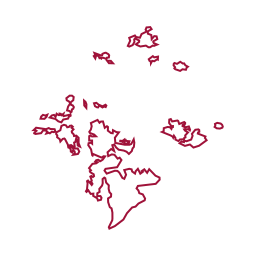 Tongyeong-si, South Gyeongsang, South Korea, rotated 166°
{"feature_id": "91817680B95262291256995", "entity_name": "Tongyeong-si", "entity_type": "district", "adm_level": 2, "iso_a3": "KOR", "parent_name": "South Korea", "parent_adm1": "South Gyeongsang", "projection": "mercator", "projection_center": [128.349, 34.792], "detail": "fine", "context": "isolated", "style": "outline", "palette": "rose", "viewbox_px": 256, "rotation_deg": 166, "n_neighbors": 0, "source": "geoboundaries", "source_scale": "gbopen_adm2", "svg_char_len": 5931}
<svg xmlns="http://www.w3.org/2000/svg" viewBox="0 0 256 256"><g transform="rotate(166 128 128)"><path d="M164.5,36.0L154.6,40.3L149.6,45.6L143.2,49.9L139.7,49.9L136.1,52.2L129.3,53.8L128.5,55.4L129.7,60.0L132.8,62.0L133.0,64.9L134.3,67.3L132.4,69.4L114.6,67.1L109.8,70.2L109.4,72.3L112.9,75.1L117.4,82.9L120.3,79.9L122.2,84.0L125.0,82.9L124.2,81.9L127.1,80.7L128.3,86.0L131.0,84.2L132.2,82.1L134.5,84.8L134.5,87.0L136.7,88.1L141.8,88.1L141.2,83.1L143.9,79.6L145.5,80.9L147.2,86.8L148.6,88.9L151.1,89.7L159.7,88.9L161.1,92.4L159.7,93.8L148.0,92.6L142.1,98.5L143.3,101.2L145.5,100.8L147.6,105.3L150.1,106.3L154.0,105.5L153.7,109.4L149.4,111.7L147.0,109.0L147.4,115.1L145.3,115.3L144.3,112.1L142.3,109.2L137.5,107.1L135.1,105.3L133.4,102.6L129.9,104.7L128.5,107.1L126.9,108.2L125.4,112.3L125.2,115.6L128.7,111.7L130.6,111.4L135.1,112.5L143.9,116.6L143.1,121.7L137.9,126.0L140.2,126.8L143.1,129.5L144.1,126.6L145.7,127.2L148.2,130.3L147.2,133.8L148.0,134.8L150.5,133.8L150.7,140.4L152.7,140.8L154.4,140.0L155.6,143.2L162.8,141.8L162.8,138.5L164.4,135.5L166.5,133.6L166.2,132.4L162.4,129.8L161.1,127.7L165.0,128.5L166.5,129.9L167.6,129.5L168.7,125.2L165.9,124.5L166.6,121.5L167.4,122.6L169.9,122.8L170.7,121.0L169.0,116.2L169.3,110.2L169.0,109.8L168.0,111.1L160.8,105.7L158.6,106.5L157.1,106.0L160.2,103.4L162.8,102.5L164.6,104.4L166.7,104.4L167.9,103.4L165.7,102.1L167.4,101.4L171.2,101.8L175.5,98.5L174.2,95.9L175.5,95.4L175.3,94.2L172.5,91.4L172.6,89.5L173.9,88.9L175.1,90.3L176.3,90.0L175.9,85.7L176.8,85.1L176.0,82.4L177.0,81.5L179.5,86.7L180.6,86.3L180.6,84.1L182.7,78.2L184.1,76.8L183.7,76.0L181.6,77.2L180.2,73.1L177.5,72.7L178.2,70.6L174.9,67.3L174.7,64.9L171.6,64.9L170.6,66.7L171.2,68.6L174.3,69.4L173.6,72.1L171.0,72.9L170.6,75.8L167.1,78.4L165.9,80.5L165.0,84.6L163.0,85.6L162.2,84.8L162.4,80.3L160.5,77.0L161.5,73.7L161.5,70.2L160.3,68.0L161.1,65.5L164.4,64.5L165.2,60.8L164.8,55.6L163.4,54.0L163.6,49.7L165.0,44.0L165.6,42.3L170.6,36.4L170.4,34.9L164.5,36.0ZM182.9,114.9L181.0,116.9L181.7,120.3L185.9,121.2L188.5,124.1L188.8,125.3L187.3,125.2L184.8,122.2L184.2,122.7L183.8,126.9L182.5,127.1L180.8,130.4L180.2,128.2L181.0,123.2L179.1,121.6L179.6,125.3L178.3,130.4L180.0,133.1L182.3,133.3L182.2,134.9L183.5,137.1L183.4,138.4L181.2,139.9L182.7,141.9L181.3,142.6L182.2,144.0L183.9,144.2L185.1,143.3L186.8,143.4L187.5,145.5L189.4,146.6L192.1,146.1L194.2,142.2L198.5,141.1L199.2,139.6L198.4,137.9L199.0,136.2L196.9,133.6L196.9,131.2L194.0,133.2L192.3,133.2L191.8,132.4L190.4,126.5L190.6,123.5L189.3,122.6L188.8,120.8L189.2,119.0L188.1,117.8L186.7,119.7L185.5,118.2L185.6,116.8L187.6,115.3L182.9,114.9ZM84.8,105.3L82.2,103.1L80.5,104.3L76.4,103.6L75.8,104.8L74.5,105.0L74.3,107.0L70.9,109.2L73.4,111.8L73.8,113.0L69.8,112.3L68.6,110.7L68.2,111.3L68.6,114.8L72.5,114.8L72.8,116.4L73.2,115.5L74.6,116.6L74.2,117.7L71.6,118.2L71.3,119.2L72.0,120.2L77.3,119.5L77.6,122.7L78.2,123.3L83.6,123.7L84.3,126.3L85.9,126.2L86.9,122.9L85.5,119.4L83.9,119.0L84.2,118.0L85.2,118.0L86.1,116.6L87.2,118.7L89.4,119.4L93.3,119.2L94.2,116.2L95.9,115.9L88.6,110.6L86.8,108.9L86.5,107.7L85.3,109.4L84.4,106.9L84.8,105.3ZM88.6,201.4L87.1,201.0L84.0,202.0L82.9,201.4L79.5,201.9L82.4,204.1L82.7,205.3L82.5,206.0L78.1,207.2L78.1,210.0L80.3,210.8L83.5,208.5L82.9,212.6L85.9,214.7L85.4,217.0L81.2,218.2L82.0,220.5L85.7,221.1L87.1,219.2L86.5,217.1L92.1,215.9L94.6,212.7L98.2,214.4L98.9,216.1L105.0,215.2L104.8,212.1L108.3,207.7L107.1,206.7L103.4,207.3L100.9,210.0L100.6,212.3L99.6,213.2L96.0,210.2L96.4,208.8L100.1,207.3L99.3,206.4L96.3,204.1L90.7,203.6L88.6,201.4ZM71.9,97.0L69.2,93.2L63.3,93.6L54.7,97.1L55.8,99.8L54.9,101.0L61.6,105.7L61.1,106.7L59.7,107.1L59.4,108.8L60.0,109.6L63.1,110.0L67.4,106.8L67.2,104.8L69.5,101.5L74.4,101.0L76.6,102.2L77.1,100.8L79.5,101.9L81.6,100.7L77.1,96.9L71.9,97.0ZM194.0,151.3L191.3,149.6L188.8,151.9L183.9,151.6L182.7,153.2L180.7,153.8L180.6,155.0L187.7,155.1L188.0,156.1L187.2,157.4L189.3,156.5L189.8,158.0L190.9,158.5L191.2,157.1L192.4,157.4L193.8,159.1L195.6,156.3L196.6,158.6L198.8,158.6L201.4,157.1L196.2,154.3L194.0,151.3ZM60.9,171.8L57.7,170.5L56.4,172.5L55.1,173.0L57.2,175.0L57.9,177.1L59.2,177.3L61.3,179.6L64.9,178.4L67.2,179.8L68.1,179.2L68.6,177.7L67.6,175.6L68.6,174.6L67.9,173.6L63.6,170.8L60.9,171.8ZM205.1,141.7L202.8,142.8L201.0,141.9L199.3,142.2L199.5,144.6L203.5,145.8L204.9,147.1L207.8,146.7L217.1,150.5L220.0,148.8L218.3,148.4L217.5,147.4L220.0,146.1L220.3,145.5L219.2,144.6L213.6,144.0L210.8,146.3L208.0,145.1L207.2,144.0L208.6,142.4L206.0,142.5L205.1,141.7ZM176.8,173.5L180.6,171.8L180.7,169.7L178.8,168.0L178.1,165.9L180.9,163.3L182.9,159.8L180.6,158.6L179.9,157.0L178.8,157.4L177.9,159.6L176.5,159.9L175.5,161.4L176.2,163.4L177.5,164.1L177.8,166.6L174.4,168.2L173.2,171.2L174.5,172.9L176.8,173.5ZM135.2,202.2L132.1,200.3L131.5,201.3L129.5,201.1L128.7,203.1L129.2,204.4L131.3,206.4L132.6,206.5L134.9,206.1L135.5,204.8L136.4,204.8L142.4,208.9L142.1,206.9L143.8,206.1L142.9,203.4L141.5,205.8L140.3,205.8L139.1,204.6L138.8,202.8L138.0,203.1L137.1,201.8L136.3,202.5L135.2,202.2ZM41.9,106.2L39.0,105.2L36.4,105.5L35.7,106.4L35.9,108.3L37.0,109.9L40.2,111.4L42.6,110.9L42.7,109.2L43.7,108.1L41.9,106.2ZM89.8,187.0L90.1,185.3L88.3,187.3L86.3,186.4L83.0,187.7L82.5,187.2L81.6,190.0L85.5,190.2L86.5,191.7L91.2,189.7L90.9,188.0L89.8,187.0ZM144.6,153.7L143.6,155.0L144.2,156.0L147.5,155.2L151.0,157.9L152.6,160.1L155.0,160.2L154.7,157.1L153.1,155.6L152.0,155.2L150.8,156.5L149.9,156.4L147.8,154.1L145.9,154.6L144.6,153.7ZM209.5,160.1L210.6,158.2L206.8,157.1L204.3,158.6L203.1,160.4L205.3,160.1L207.3,161.3L209.5,160.1ZM132.4,113.4L132.3,112.6L131.2,112.7L129.8,114.8L132.4,115.7L133.9,116.8L134.0,117.8L136.5,116.8L139.3,117.8L138.5,116.9L136.6,116.5L136.7,115.8L133.9,116.4L135.3,114.2L133.6,112.9L132.4,113.4ZM130.8,195.5L126.9,194.4L128.4,197.3L132.0,198.3L130.8,195.5ZM164.0,165.2L165.0,160.4L163.6,157.6L162.6,161.1L162.9,163.6L164.0,165.2Z" fill="none" stroke="#9f1239" stroke-width="2"/></g></svg>